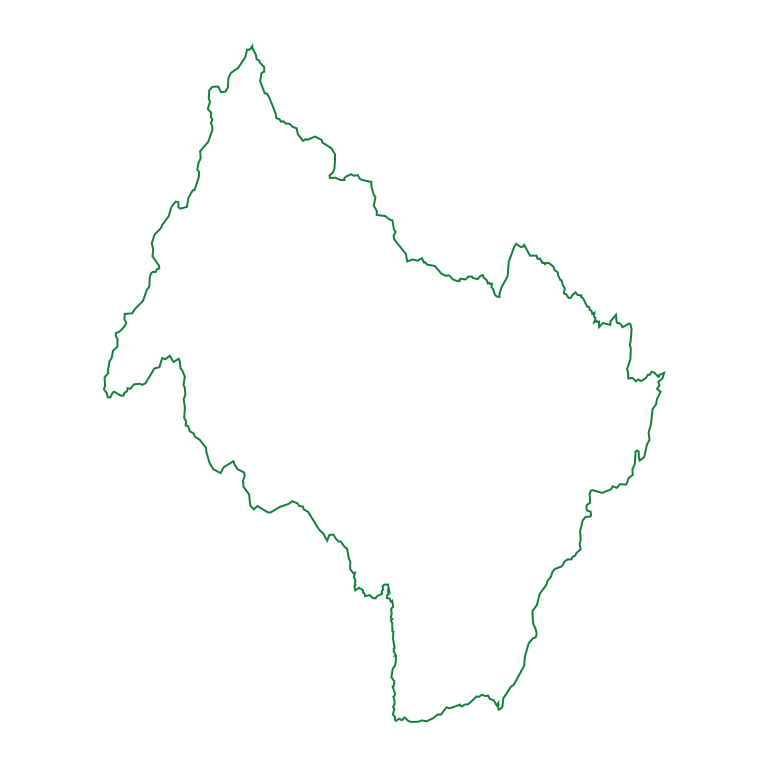 Chaparral, Tolima, Colombia (Equal Earth projection)
{"feature_id": "7082276B10096367300511", "entity_name": "Chaparral", "entity_type": "district", "adm_level": 2, "iso_a3": "COL", "parent_name": "Colombia", "parent_adm1": "Tolima", "projection": "equal_earth", "projection_center": [-75.57, 3.753], "detail": "fine", "context": "isolated", "style": "outline", "palette": "green", "viewbox_px": 768, "rotation_deg": 0, "n_neighbors": 0, "source": "geoboundaries", "source_scale": "gbopen_adm2", "svg_char_len": 6101}
<svg xmlns="http://www.w3.org/2000/svg" viewBox="0 0 768 768"><path d="M395.9,720.9L399.1,718.8L402.1,720.2L404.6,717.5L408.2,720.9L411.0,721.9L418.2,721.8L421.9,720.4L426.4,721.3L433.2,718.2L437.4,714.6L440.9,714.6L446.4,707.4L449.7,708.3L460.1,704.6L460.6,706.0L462.2,706.4L464.1,704.8L468.3,704.2L476.7,696.4L478.6,697.0L481.8,694.8L485.8,696.1L488.1,695.6L489.7,698.8L493.7,700.3L496.5,705.3L498.4,702.9L498.1,707.6L498.8,709.6L502.3,707.4L503.4,698.2L510.9,686.8L513.9,684.5L524.3,665.5L524.8,657.0L528.6,643.5L533.1,638.1L535.1,637.7L536.2,636.1L536.6,633.3L535.7,629.3L533.1,623.4L532.4,611.2L537.0,604.8L539.7,594.0L546.3,584.9L547.6,580.7L551.0,576.7L552.4,571.9L554.9,568.9L561.0,566.7L563.1,564.7L564.4,561.6L567.5,559.4L571.3,559.4L572.4,557.0L575.2,555.6L576.4,553.0L580.6,549.3L579.6,544.0L580.7,540.2L580.1,531.2L582.7,520.4L585.4,517.1L590.5,516.4L591.0,515.1L590.6,511.7L587.1,510.5L586.3,507.4L586.8,505.0L590.2,502.7L589.6,494.3L590.7,490.9L592.4,490.1L602.3,492.9L611.1,489.3L612.6,486.3L617.0,487.8L619.9,484.2L626.3,484.6L628.7,478.1L632.8,474.8L632.4,469.5L634.8,464.1L635.6,451.4L637.3,450.6L638.8,451.8L638.8,457.2L639.8,460.5L644.2,457.1L647.0,444.4L649.5,439.8L648.6,432.4L651.0,424.3L652.6,408.9L656.0,404.5L656.9,399.3L660.6,391.8L657.0,388.8L659.4,385.6L658.3,381.9L662.3,378.6L664.1,372.9L659.2,375.0L659.1,376.6L658.2,376.7L654.3,372.7L651.6,371.7L649.7,374.9L648.2,374.5L645.6,378.3L641.1,381.1L638.2,379.4L635.9,381.4L632.6,378.0L628.3,378.4L628.0,371.8L627.0,369.4L630.4,359.2L630.8,348.1L629.7,345.0L630.6,341.8L631.6,328.9L630.4,324.1L629.3,323.5L622.4,327.2L621.2,324.7L618.9,322.9L617.5,323.2L616.6,321.8L616.0,314.8L610.7,321.1L610.0,324.9L603.0,323.0L599.1,327.0L599.0,321.6L597.3,322.0L596.6,320.9L594.1,322.4L595.5,318.0L594.0,316.7L594.4,312.7L592.3,314.0L591.5,310.7L589.8,310.0L589.2,307.1L587.4,306.8L586.4,305.2L583.3,298.7L581.1,296.8L581.3,295.4L577.5,294.9L575.6,292.3L572.4,295.0L571.0,297.7L568.6,298.0L566.0,294.0L564.4,293.8L563.9,292.5L564.8,288.5L562.8,285.1L561.6,280.3L560.3,280.0L558.1,275.3L557.7,272.3L554.6,270.1L553.3,266.5L549.1,263.2L546.2,262.8L545.1,264.2L544.0,262.8L542.6,263.1L540.0,258.7L537.4,258.8L536.6,255.7L530.0,255.7L524.2,244.9L522.8,246.7L520.6,247.0L516.3,243.8L514.2,246.8L508.7,261.9L507.7,276.0L501.6,287.2L499.7,292.9L499.4,296.9L496.8,296.5L495.0,294.9L492.9,288.7L491.5,287.2L491.9,283.7L489.9,284.0L489.0,282.7L487.8,283.4L486.5,279.9L483.5,277.4L482.9,275.1L480.6,275.8L477.7,279.1L472.7,278.0L471.8,276.6L468.5,276.5L465.5,279.5L460.8,278.6L459.4,279.8L459.7,281.0L457.9,281.3L453.0,279.5L449.2,275.4L445.7,275.8L441.4,273.7L434.8,266.0L427.1,264.6L425.1,262.3L424.0,262.6L421.9,258.2L417.5,260.8L412.6,259.4L407.2,261.5L405.9,254.0L394.2,239.4L393.6,235.7L395.6,231.9L393.9,229.3L392.4,220.4L389.0,219.2L385.4,216.1L376.7,214.9L376.8,210.9L373.8,205.7L375.4,197.2L373.7,194.5L371.4,186.5L371.4,181.9L362.2,180.1L359.6,178.6L357.9,175.2L353.7,175.7L351.3,174.3L345.9,176.5L344.2,178.5L344.5,180.0L340.3,180.0L335.4,177.7L329.9,178.0L329.5,175.5L332.9,172.4L334.4,168.7L335.0,160.9L335.0,154.3L331.4,148.3L322.4,142.6L321.7,140.0L315.1,136.6L307.5,139.7L305.5,139.2L303.0,140.9L297.7,134.0L296.7,128.4L292.5,126.8L289.6,123.8L285.7,123.5L283.3,121.3L280.9,121.6L279.5,119.2L276.3,118.2L275.7,113.7L269.6,98.3L267.1,93.8L264.6,93.1L260.1,80.9L261.6,72.8L264.2,71.8L264.2,67.2L259.7,62.4L259.3,60.6L256.6,59.3L255.9,54.9L252.6,48.7L252.2,46.1L249.8,49.6L247.1,49.7L245.2,57.3L238.2,67.8L230.9,73.0L228.4,78.1L227.9,87.4L225.4,91.7L221.0,92.1L218.2,86.6L212.3,86.8L209.2,90.5L208.8,98.9L210.0,101.6L207.8,109.0L211.3,112.9L210.9,116.9L212.4,119.7L210.8,123.3L212.1,125.5L212.4,130.1L208.1,142.0L200.1,151.3L200.7,158.2L198.6,162.7L197.3,169.5L199.1,172.1L199.0,176.4L194.5,190.2L192.7,190.3L188.4,198.0L186.9,206.9L180.3,208.6L178.4,207.3L178.3,202.2L175.8,201.6L174.5,202.9L171.5,206.8L168.6,216.4L162.2,224.9L160.9,228.2L154.6,234.5L151.8,243.2L153.2,249.4L152.5,256.4L158.9,265.5L159.3,268.4L157.1,269.1L155.5,272.0L152.8,271.9L150.9,273.6L149.8,277.5L149.3,286.7L146.8,290.0L143.0,300.9L134.9,309.0L132.3,313.3L124.8,313.9L124.4,319.1L126.3,323.1L124.0,327.1L119.2,331.8L115.8,333.1L115.7,335.7L117.5,339.2L117.4,346.6L112.9,351.0L111.7,358.0L109.6,361.0L107.9,371.2L108.4,372.8L104.6,377.5L105.1,385.8L103.9,389.3L106.8,393.2L107.7,397.3L110.3,397.4L112.8,392.4L114.2,391.7L120.8,395.7L123.4,395.7L124.1,393.3L127.2,391.0L127.6,388.2L130.2,388.8L134.1,384.3L140.3,383.8L142.1,384.9L145.5,383.3L154.3,368.5L159.4,367.2L162.2,358.1L165.5,359.2L169.7,355.8L173.6,362.0L178.7,358.8L179.9,361.7L180.5,368.5L182.1,370.1L184.8,376.7L183.5,385.0L184.7,387.5L185.4,394.4L183.7,399.3L184.9,407.7L184.2,417.8L186.2,421.7L185.6,425.4L188.1,426.2L189.8,431.3L193.8,433.6L194.8,436.6L199.8,439.8L206.1,448.1L206.3,451.6L209.4,462.6L213.2,469.1L220.6,473.1L223.5,467.4L233.4,461.2L234.8,465.1L237.8,469.3L244.0,472.4L244.8,475.6L243.1,480.6L243.4,486.7L249.1,494.5L250.3,505.7L253.9,509.3L257.4,506.0L267.9,512.4L270.6,512.4L280.1,506.8L288.2,504.1L292.2,501.2L297.6,503.4L298.9,505.8L303.0,506.7L303.6,509.2L308.2,512.0L319.0,529.5L323.5,533.9L327.1,540.6L329.4,535.0L333.4,534.6L336.1,539.0L338.8,541.5L340.8,541.5L344.7,547.1L347.0,548.6L349.0,559.1L350.3,561.3L350.1,568.9L353.1,573.1L355.0,572.7L353.8,577.5L355.0,579.0L355.4,582.3L354.8,584.0L355.6,585.0L354.3,586.4L355.3,590.4L359.1,587.7L363.0,590.4L363.0,592.6L364.5,593.4L365.1,596.2L369.7,595.1L372.8,598.1L375.5,598.3L377.1,596.2L382.0,593.8L381.8,591.0L383.3,589.4L382.5,586.4L384.1,584.7L388.0,584.5L389.4,591.9L388.1,590.7L388.5,594.4L386.9,595.4L386.9,598.0L389.6,598.6L390.9,601.7L392.2,600.8L393.2,606.7L391.1,608.8L391.7,613.7L390.8,617.4L392.4,619.0L390.8,620.0L392.2,623.2L392.4,631.5L393.4,631.8L393.0,638.5L394.6,648.0L393.7,648.5L393.8,651.5L395.6,654.5L394.7,655.9L395.9,656.1L395.9,661.0L395.0,665.5L392.7,668.9L391.4,677.2L394.4,681.5L393.7,686.0L392.6,686.5L395.0,693.6L394.4,696.1L393.4,696.6L394.6,701.5L394.3,705.4L393.1,707.0L394.3,709.2L392.8,714.5L394.9,716.8L394.8,719.3L395.9,720.9Z" fill="none" stroke="#15803d" stroke-width="2"/></svg>